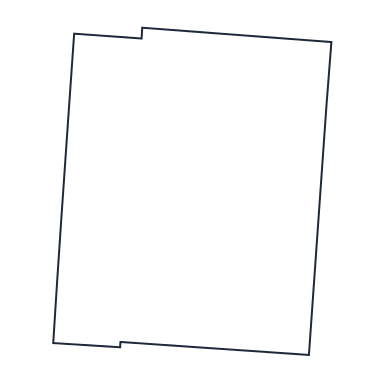 outline of Jasper, Iowa, United States of America, rotated 94°
{"feature_id": "52423323B7316814812014", "entity_name": "Jasper", "entity_type": "district", "adm_level": 2, "iso_a3": "USA", "parent_name": "United States of America", "parent_adm1": "Iowa", "projection": "albers", "projection_center": [-93.033, 41.685], "detail": "fine", "context": "isolated", "style": "outline", "palette": "slate", "viewbox_px": 384, "rotation_deg": 94, "n_neighbors": 0, "source": "geoboundaries", "source_scale": "gbopen_adm2", "svg_char_len": 313}
<svg xmlns="http://www.w3.org/2000/svg" viewBox="0 0 384 384"><g transform="rotate(94 192 192)"><path d="M352.4,319.9L351.9,252.9L346.6,252.9L346.4,64.0L95.3,63.9L32.7,63.4L31.6,253.1L42.4,253.0L42.3,320.6L123.7,320.6L227.8,320.5L290.1,320.3L352.4,319.9Z" fill="none" stroke="#1e293b" stroke-width="2"/></g></svg>